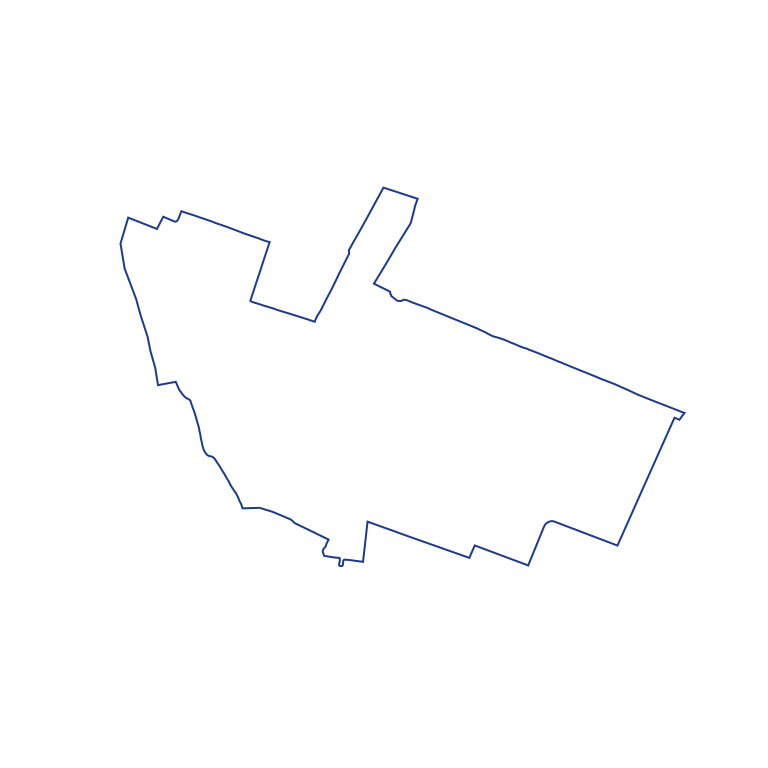 the district of Orlea, Romania, rotated 108°
{"feature_id": "2599482B39990554415713", "entity_name": "Orlea", "entity_type": "district", "adm_level": 2, "iso_a3": "ROU", "parent_name": "Romania", "parent_adm1": "", "projection": "mercator", "projection_center": [24.363, 43.754], "detail": "fine", "context": "isolated", "style": "outline", "palette": "blue", "viewbox_px": 768, "rotation_deg": 108, "n_neighbors": 0, "source": "geoboundaries", "source_scale": "gbopen_adm2", "svg_char_len": 4191}
<svg xmlns="http://www.w3.org/2000/svg" viewBox="0 0 768 768"><g transform="rotate(108 384 384)"><path d="M465.5,112.0L461.2,111.6L430.2,108.3L422.2,107.5L414.9,106.7L406.2,105.8L326.3,97.3L326.4,95.6L326.7,92.0L320.4,89.9L318.6,89.3L318.7,90.0L318.6,91.7L317.6,108.2L317.0,119.4L316.0,134.8L315.7,139.8L315.5,140.6L315.4,142.3L314.9,145.6L314.4,150.0L314.1,152.6L313.9,154.9L313.6,157.7L313.0,162.8L312.7,166.9L312.5,171.4L312.4,173.2L312.2,175.2L312.2,176.8L312.3,177.4L312.1,178.7L311.9,180.8L311.7,183.3L311.6,185.0L311.4,186.0L311.5,187.4L311.3,188.2L311.2,190.5L310.9,194.0L310.8,195.3L310.6,199.7L310.3,202.9L310.2,204.8L310.0,207.1L309.8,210.4L309.5,214.4L309.3,216.0L309.2,218.6L309.0,220.1L308.8,222.9L308.7,226.0L308.4,228.8L308.2,231.3L308.0,233.0L308.0,235.0L307.8,236.9L307.7,238.2L307.6,240.1L307.4,242.2L307.2,244.9L307.0,247.2L306.9,249.4L306.8,251.5L306.6,254.5L306.6,255.8L306.6,257.2L306.4,257.8L306.3,258.5L306.2,259.7L306.3,260.2L306.4,260.7L306.4,261.8L306.3,263.7L306.3,265.2L306.2,266.3L306.1,267.4L306.0,268.1L305.9,269.2L305.7,271.0L305.6,272.5L305.5,274.3L305.5,275.6L305.3,277.4L305.1,279.1L305.0,280.0L304.9,281.5L304.7,284.0L304.7,286.3L304.7,288.2L304.7,290.7L304.9,293.1L304.9,295.6L304.7,296.7L304.6,297.7L304.4,298.7L304.3,299.9L303.4,304.0L303.3,305.7L302.3,313.4L298.9,360.0L298.1,368.0L298.0,374.2L297.7,382.3L297.5,385.1L297.3,387.7L297.3,389.4L297.9,391.5L299.8,393.4L300.4,395.3L300.6,397.5L298.8,402.3L298.1,404.2L296.9,405.0L295.9,406.2L294.9,406.4L294.5,406.6L294.1,408.2L291.7,424.6L271.2,419.7L259.9,417.2L250.8,415.2L224.5,408.7L221.8,408.3L208.0,409.2L205.1,409.5L197.5,409.2L197.4,445.2L231.2,451.5L235.8,452.4L249.2,455.0L253.8,456.0L257.6,456.8L263.4,457.9L267.6,458.8L270.7,457.4L274.8,458.0L281.7,459.1L290.9,460.5L302.8,462.1L309.3,463.0L319.7,464.8L333.5,466.9L339.7,468.5L344.0,469.0L346.2,469.1L346.2,473.7L346.1,478.1L346.2,480.2L346.2,484.3L346.2,488.3L346.3,492.8L346.3,496.6L346.4,500.0L346.5,504.3L346.5,508.1L346.4,511.6L346.4,515.5L346.5,518.2L346.6,522.1L346.6,526.6L346.6,529.9L346.7,531.7L346.6,532.9L346.7,535.6L346.2,536.8L326.2,536.8L317.4,536.7L299.1,536.7L287.0,536.6L284.4,536.6L284.6,541.1L284.4,545.9L284.2,549.4L284.2,554.3L284.0,564.7L283.8,568.3L283.6,571.8L283.4,576.5L283.2,580.4L283.1,583.8L283.0,588.7L283.0,592.4L282.8,595.9L282.6,598.1L282.6,601.5L282.5,606.4L282.5,611.5L282.3,617.0L282.4,621.6L282.3,630.1L290.6,630.6L292.2,631.0L293.3,631.5L294.1,632.6L294.2,634.0L293.1,645.6L306.7,647.9L304.8,678.7L307.4,678.6L308.2,678.6L331.9,678.0L354.4,666.3L379.9,645.9L393.9,636.7L411.1,624.2L412.3,623.3L413.0,623.0L413.3,622.8L422.9,617.4L424.1,616.7L424.8,616.3L425.9,615.6L439.3,606.6L454.9,598.6L446.3,582.7L452.7,577.1L455.7,573.0L457.4,570.2L458.2,568.5L458.5,567.7L458.7,565.8L459.1,564.1L459.7,563.0L461.3,561.8L463.7,560.1L466.0,558.3L468.6,556.2L470.4,554.9L472.7,553.3L474.6,552.0L476.5,550.8L478.7,549.3L480.6,548.0L482.5,546.7L483.6,546.0L485.0,545.4L487.3,544.0L489.2,542.9L491.7,541.7L494.4,540.1L496.8,538.7L499.1,537.4L501.6,535.6L503.1,534.4L504.4,532.8L505.5,531.4L506.1,530.2L506.5,528.6L506.4,527.3L506.2,525.0L506.4,524.2L507.1,522.5L508.4,520.7L509.9,518.9L511.4,516.9L512.1,515.9L512.7,515.4L513.0,514.9L515.4,512.2L517.2,510.1L519.0,507.8L520.7,506.1L522.5,504.1L524.3,501.9L527.2,499.1L528.9,497.2L530.5,495.1L532.4,492.8L533.5,491.2L535.1,489.5L536.9,487.8L540.1,485.1L540.6,484.6L541.4,483.7L542.2,482.9L546.0,480.1L544.6,476.3L540.2,464.0L540.0,450.7L540.8,440.7L541.7,430.6L543.9,425.8L547.2,402.1L549.1,388.6L552.6,389.2L554.5,389.3L556.8,389.4L558.3,390.0L559.6,390.6L560.9,390.7L562.3,390.4L563.8,389.5L565.9,387.8L564.6,379.0L563.6,374.3L563.2,372.8L563.4,372.3L563.9,372.0L564.5,371.8L565.4,371.6L567.1,371.1L567.7,371.3L568.3,371.2L569.5,371.0L570.1,370.8L570.5,370.3L570.6,369.5L570.4,368.5L570.0,367.6L569.5,367.3L568.8,367.2L566.2,367.8L564.7,368.1L563.9,367.9L563.3,367.5L562.2,363.1L559.6,349.0L520.0,357.1L521.4,312.1L523.0,249.1L509.5,247.8L511.9,192.9L512.1,190.8L477.7,188.3L470.7,187.8L468.8,187.5L466.7,186.8L465.2,185.6L464.1,184.6L463.3,183.5L462.6,182.2L462.3,181.2L462.2,179.8L464.4,135.1L465.5,112.0Z" fill="none" stroke="#1e3a8a" stroke-width="2"/></g></svg>